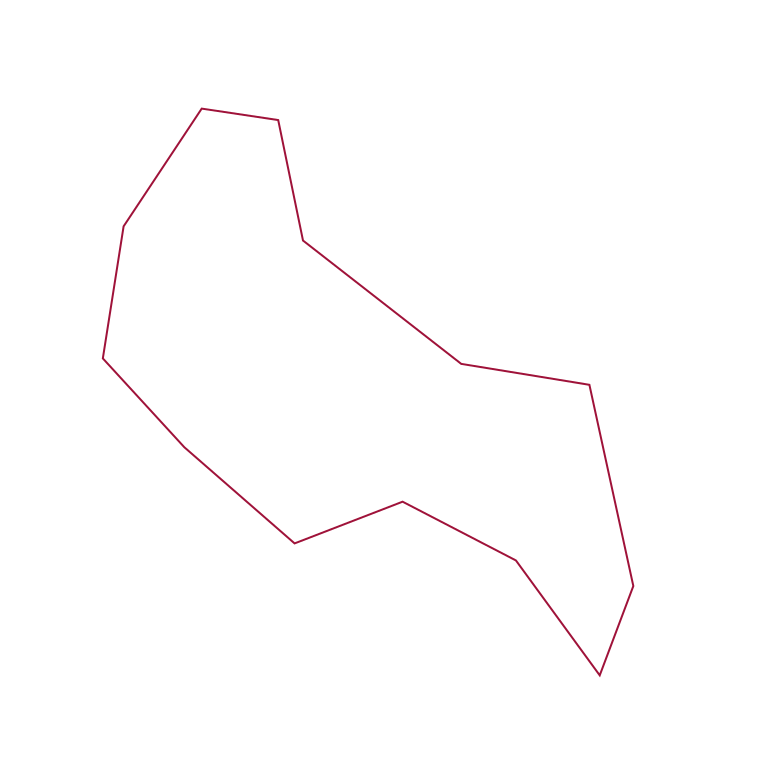 outline of Eschen, rotated 14°
{"feature_id": "LIE-4902", "entity_name": "Eschen", "entity_type": "state/province", "adm_level": 1, "iso_a3": "LIE", "parent_name": "Liechtenstein", "parent_adm1": "", "projection": "robinson", "projection_center": [9.535, 47.208], "detail": "fine", "context": "isolated", "style": "outline", "palette": "rose", "viewbox_px": 768, "rotation_deg": 14, "n_neighbors": 0, "source": "natural_earth", "source_scale": "10m", "svg_char_len": 332}
<svg xmlns="http://www.w3.org/2000/svg" viewBox="0 0 768 768"><g transform="rotate(14 384 384)"><path d="M583.5,335.1L674.8,519.7L663.8,614.5L554.7,523.3L430.5,493.7L335.8,560.3L205.6,493.7L105.0,427.2L93.2,294.0L140.5,160.9L217.5,153.5L270.7,264.4L454.1,345.8L583.5,335.1Z" fill="none" stroke="#9f1239" stroke-width="2"/></g></svg>